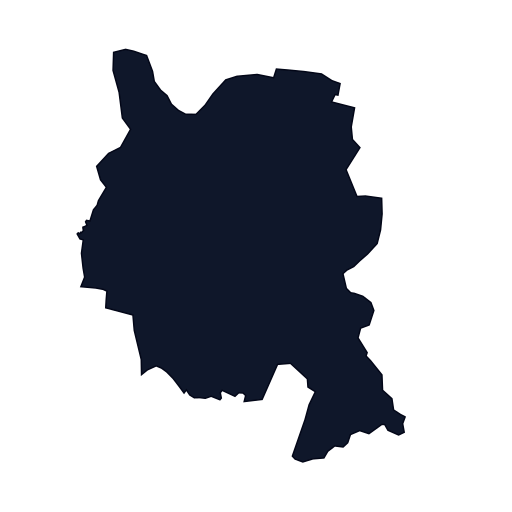 Ewekoro, Ogun, Nigeria, rotated 102°
{"feature_id": "59680162B67809263123643", "entity_name": "Ewekoro", "entity_type": "district", "adm_level": 2, "iso_a3": "NGA", "parent_name": "Nigeria", "parent_adm1": "Ogun", "projection": "mercator", "projection_center": [3.208, 6.974], "detail": "fine", "context": "isolated", "style": "filled", "palette": "ink", "viewbox_px": 512, "rotation_deg": 102, "n_neighbors": 0, "source": "geoboundaries", "source_scale": "gbopen_adm2", "svg_char_len": 1988}
<svg xmlns="http://www.w3.org/2000/svg" viewBox="0 0 512 512"><g transform="rotate(102 256 256)"><path d="M173.4,145.1L174.6,161.5L176.8,169.6L152.8,185.9L128.4,176.9L122.0,185.9L109.9,189.7L90.6,190.4L89.6,214.2L81.6,212.2L81.6,209.3L69.9,209.6L68.7,218.2L64.3,229.8L65.6,247.2L67.4,263.0L68.9,274.9L78.0,275.8L78.2,292.6L84.2,312.0L86.5,316.0L90.0,322.2L106.4,331.8L119.0,337.1L129.9,344.1L132.0,354.3L129.7,362.2L125.1,370.3L117.6,376.4L113.7,383.7L106.4,391.8L96.9,395.6L82.7,404.7L81.1,418.3L81.0,426.5L86.4,437.6L104.2,434.4L124.4,423.9L148.8,415.4L158.1,405.0L178.0,411.1L186.3,421.5L201.4,430.5L213.8,423.9L219.9,416.6L234.6,421.6L239.4,421.9L244.6,424.6L256.3,425.7L256.4,429.2L258.0,429.8L261.1,427.7L262.6,429.4L263.8,431.3L265.5,430.8L267.0,429.9L267.9,430.7L269.5,431.5L269.2,432.3L270.9,433.1L270.3,434.7L271.6,435.5L275.9,431.7L276.1,428.3L289.6,427.3L303.8,422.6L312.3,419.2L322.4,420.9L320.6,406.0L320.4,398.6L321.4,394.4L323.2,394.3L330.1,393.4L337.9,392.2L339.3,364.1L354.1,359.6L381.1,346.7L395.8,343.3L389.9,338.5L384.2,330.8L385.3,325.1L387.9,319.3L393.0,311.6L399.7,303.8L405.0,297.9L401.4,296.3L405.7,291.9L407.5,286.9L406.2,281.4L405.7,276.0L402.5,270.7L404.1,261.4L402.2,260.4L397.2,262.5L394.4,261.2L397.6,247.4L393.4,244.5L392.7,240.2L394.6,237.1L400.8,237.3L395.0,220.2L357.5,212.4L353.8,199.9L365.5,180.2L373.4,177.9L376.4,169.7L390.4,173.1L406.0,174.0L444.2,178.8L446.5,175.5L447.7,167.4L442.6,158.2L439.4,147.6L432.1,145.2L425.4,139.5L424.7,131.1L419.6,127.5L411.0,126.5L405.2,118.3L406.3,108.6L394.6,98.0L394.0,95.1L399.0,90.7L401.4,79.3L397.6,74.4L389.5,77.7L382.4,76.7L382.1,77.6L381.0,81.7L378.0,89.4L367.3,93.4L361.0,104.3L346.1,108.1L334.6,122.2L330.9,127.6L327.4,127.2L314.9,139.2L304.8,138.7L299.9,131.0L284.8,129.4L277.7,133.9L273.2,143.2L272.1,152.1L272.3,155.7L268.9,160.9L255.2,167.3L250.9,164.2L246.0,158.2L239.3,153.7L230.8,147.3L218.6,140.1L204.6,139.6L188.7,141.4L173.4,145.1Z" fill="#0f172a" stroke="#020617" stroke-width="1.5"/></g></svg>